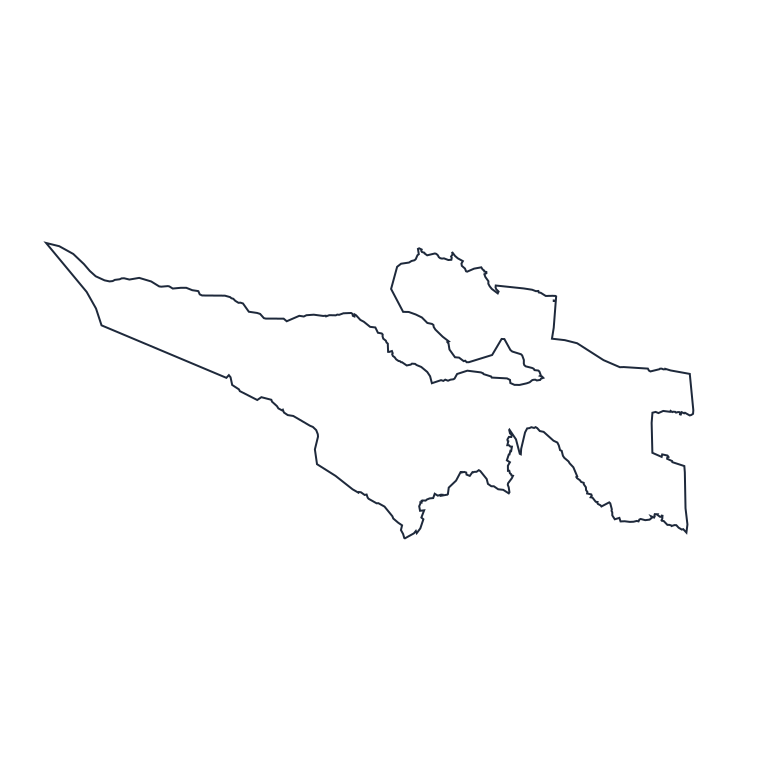 Tetela del Volcán, Morelos, Mexico (orthographic projection), rotated 258°
{"feature_id": "50627088B54865100778576", "entity_name": "Tetela del Volcán", "entity_type": "district", "adm_level": 2, "iso_a3": "MEX", "parent_name": "Mexico", "parent_adm1": "Morelos", "projection": "orthographic", "projection_center": [-98.713, 18.918], "detail": "fine", "context": "isolated", "style": "outline", "palette": "slate", "viewbox_px": 768, "rotation_deg": 258, "n_neighbors": 0, "source": "geoboundaries", "source_scale": "gbopen_adm2", "svg_char_len": 6164}
<svg xmlns="http://www.w3.org/2000/svg" viewBox="0 0 768 768"><g transform="rotate(258 384 384)"><path d="M500.1,119.9L422.8,231.1L424.9,234.1L422.5,235.3L414.6,235.3L408.9,241.0L407.0,241.5L394.7,256.7L396.6,261.3L392.0,270.5L390.0,270.8L384.6,274.7L382.1,275.6L379.3,278.9L379.8,279.7L376.9,280.2L373.6,283.4L371.6,288.6L358.5,303.0L356.8,305.5L353.0,308.1L348.6,308.8L346.2,308.5L334.4,302.8L319.5,301.8L304.2,317.5L287.5,331.4L283.0,336.4L283.6,336.9L282.9,338.9L279.5,342.0L279.5,344.0L276.2,344.4L274.9,345.1L268.8,352.0L268.6,353.7L264.0,359.0L252.9,364.7L250.5,365.1L245.3,369.1L242.0,372.3L237.6,370.2L233.3,371.5L229.2,371.8L228.7,372.4L231.7,382.2L233.6,384.6L231.3,385.0L235.2,389.5L243.5,394.4L245.6,392.8L252.1,397.0L252.5,392.9L257.1,393.0L259.3,394.6L260.7,395.0L260.2,396.0L261.7,396.4L261.5,397.0L262.1,397.3L261.3,400.5L262.1,402.0L262.6,404.8L262.2,408.4L266.1,410.8L263.6,413.4L263.9,416.8L263.6,417.8L262.8,417.0L262.6,423.0L263.0,423.6L269.2,425.8L274.5,434.4L282.0,440.7L281.8,441.7L281.3,441.6L281.3,444.2L280.3,446.0L278.2,445.9L276.3,448.8L279.4,452.2L279.0,452.7L279.3,453.8L278.9,456.3L280.0,458.8L278.8,460.1L269.7,464.7L264.7,464.9L261.7,467.7L261.1,470.2L257.3,473.8L255.7,478.6L251.1,483.3L252.0,484.2L257.2,484.5L259.6,484.1L261.1,484.7L265.2,489.4L267.4,491.1L268.1,489.7L269.3,489.6L270.5,488.6L273.1,488.5L273.3,487.2L278.3,488.2L281.3,490.9L283.8,488.3L289.1,491.4L289.0,492.1L292.3,493.7L291.9,494.4L296.1,496.1L296.5,494.6L298.1,493.5L298.5,491.9L302.2,493.7L302.8,493.1L304.1,493.2L306.3,495.2L305.7,497.5L307.8,498.4L309.4,497.0L313.0,496.9L313.3,497.2L302.4,501.6L287.5,502.3L286.8,503.2L292.1,504.7L307.3,511.9L310.8,514.8L310.6,517.0L311.1,519.1L309.8,521.7L310.3,523.3L309.0,524.7L305.6,526.6L304.0,530.2L293.3,538.0L290.7,541.4L287.6,542.2L282.7,542.5L281.7,543.9L276.6,544.1L274.3,545.0L269.9,548.4L267.8,549.1L263.2,551.9L253.4,553.8L253.0,552.8L251.7,553.3L249.2,555.6L247.2,556.5L245.8,558.8L244.3,558.6L241.0,560.0L238.2,559.6L236.1,560.5L234.7,559.9L232.9,563.8L231.7,564.0L230.2,562.6L229.5,564.3L224.8,566.6L224.2,568.3L223.5,567.9L222.2,568.3L220.3,570.6L219.0,571.2L221.4,579.7L220.2,580.5L214.1,580.8L212.6,580.2L211.1,580.6L208.0,580.0L203.7,581.6L204.1,586.4L200.4,586.8L199.7,590.9L198.0,595.8L197.4,599.5L197.5,602.8L196.7,604.4L198.3,605.6L198.6,607.0L196.5,611.2L196.1,615.6L197.5,618.3L199.1,617.7L197.2,620.4L198.3,621.3L199.3,621.2L200.4,621.8L199.7,624.5L199.3,624.1L196.7,626.4L196.4,627.7L197.5,628.3L197.2,629.0L194.4,628.2L193.0,627.1L192.5,627.3L191.8,629.1L187.3,631.9L186.9,633.8L185.7,635.9L185.3,635.9L185.6,638.8L185.1,640.6L182.2,642.3L179.7,645.0L179.8,646.5L175.8,648.9L183.5,651.6L199.8,653.1L235.1,659.9L241.3,660.7L247.6,649.8L248.7,649.8L252.0,645.4L253.2,645.8L253.5,647.1L255.1,646.4L257.3,641.5L255.0,640.4L260.9,632.2L290.3,637.7L300.1,640.6L300.2,643.9L298.5,646.4L299.6,651.5L297.3,658.1L298.1,658.7L296.6,660.1L296.8,661.0L296.2,663.1L295.3,663.7L295.4,665.8L294.9,667.5L294.4,667.8L292.8,667.2L292.4,667.9L294.5,669.4L292.9,671.5L293.3,672.4L289.7,676.5L289.8,678.1L290.6,680.1L294.0,681.1L330.3,685.2L337.7,667.1L340.3,662.4L339.9,662.3L340.3,660.2L341.3,658.8L341.6,657.2L341.2,656.4L340.9,647.2L342.1,645.9L344.2,645.3L350.7,622.1L351.4,618.2L361.7,603.7L383.7,581.4L389.3,570.0L393.4,557.7L403.7,561.7L429.5,569.3L429.9,567.3L430.4,567.4L429.8,569.4L433.9,570.6L434.5,570.0L435.2,567.3L436.5,560.5L440.6,556.3L441.4,554.4L442.9,554.3L443.2,551.9L445.4,548.5L448.4,540.6L457.1,513.8L455.4,513.2L453.3,513.5L450.6,515.3L449.0,514.1L454.6,509.2L457.6,507.7L460.4,506.9L462.8,507.5L467.6,505.4L470.5,505.0L471.1,507.2L472.3,507.4L473.2,505.5L474.2,505.5L475.5,504.3L477.9,503.4L478.1,496.1L476.6,488.7L477.2,487.7L480.1,487.2L483.4,484.7L485.7,484.8L487.8,486.7L491.6,482.3L494.5,480.1L499.0,478.0L496.6,478.1L494.7,476.1L493.4,476.5L491.5,475.7L491.9,472.7L494.4,468.8L494.6,466.8L495.4,465.1L496.7,464.0L498.8,463.4L500.4,462.2L501.1,460.9L500.9,453.0L503.3,450.8L504.0,450.8L505.2,448.6L506.6,448.1L507.7,448.8L509.4,446.6L509.1,445.3L503.7,445.0L503.0,443.5L499.5,441.0L498.7,439.5L498.6,436.5L497.6,433.7L498.1,425.7L495.9,421.2L475.5,410.7L450.6,417.7L449.3,423.2L445.4,429.5L441.2,434.9L434.7,439.1L432.8,443.4L431.5,444.6L429.4,444.5L426.5,445.6L418.1,451.2L412.1,456.3L411.8,454.7L410.1,455.5L404.1,455.2L395.4,459.0L394.2,462.9L389.8,466.7L389.9,468.3L388.1,469.4L387.7,471.6L389.9,495.8L403.6,508.4L402.9,511.1L391.0,514.7L389.1,516.2L384.6,524.2L383.2,525.1L378.4,525.8L374.9,525.0L373.2,525.2L371.8,526.3L368.9,532.2L367.8,533.6L366.3,534.1L365.1,537.7L363.9,538.6L359.8,539.2L359.5,538.4L358.5,540.1L356.9,541.1L356.6,538.7L355.5,537.6L355.7,534.2L356.7,533.0L357.0,531.4L357.0,529.9L355.4,526.8L355.0,523.8L354.9,516.5L356.0,511.5L358.7,507.8L361.8,508.1L363.9,505.5L367.9,490.7L369.1,490.3L373.0,483.4L373.8,483.2L375.2,481.2L379.7,468.3L378.6,457.6L374.6,454.1L374.2,452.8L374.4,449.9L373.9,447.3L375.5,444.8L374.7,442.7L375.9,440.6L374.8,431.0L382.0,430.7L386.8,428.8L392.9,424.0L395.8,419.8L397.2,418.6L398.1,415.6L397.4,414.2L397.4,410.1L401.6,406.1L401.7,405.3L403.0,404.3L403.5,403.0L405.6,401.0L407.9,400.0L409.6,398.5L411.5,398.2L412.3,398.9L414.6,398.6L414.3,395.7L414.6,394.7L422.7,396.1L424.1,395.1L426.0,394.8L428.5,392.7L431.0,392.5L432.7,393.0L433.9,392.3L435.4,388.7L441.1,387.3L442.8,382.3L449.1,377.2L451.6,374.2L457.0,371.0L458.1,369.8L456.2,369.1L457.2,367.7L459.1,367.8L460.3,366.6L461.6,359.0L461.0,354.5L461.6,352.7L461.2,351.1L462.7,344.8L462.2,341.4L462.9,341.2L463.2,338.7L466.4,329.7L467.4,322.4L466.7,319.6L468.3,315.3L465.6,301.9L468.8,299.4L472.5,282.1L473.4,280.2L478.3,277.4L479.9,274.6L482.8,266.8L492.1,262.8L493.4,260.5L493.7,258.5L496.3,255.8L498.7,254.3L499.6,252.6L501.0,251.5L503.5,246.7L508.4,224.5L510.0,222.4L513.4,221.7L513.7,221.1L515.6,216.0L519.2,210.6L520.3,205.6L521.3,197.2L524.1,194.3L524.7,192.9L525.5,186.4L526.2,184.4L532.7,177.6L538.7,166.6L539.1,156.7L541.4,151.9L541.9,149.5L541.4,147.2L541.8,142.4L541.1,140.0L541.4,136.9L543.5,132.2L549.3,124.4L555.8,119.7L563.7,115.4L575.8,107.1L586.3,95.0L592.2,82.8L535.9,112.3L517.7,118.0L500.1,119.9Z" fill="none" stroke="#1e293b" stroke-width="2"/></g></svg>